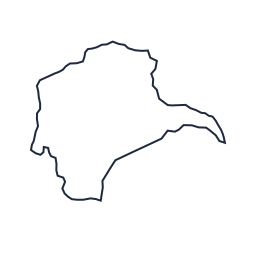 outline of Moita Bonita, Sergipe, Brazil, rotated 12°
{"feature_id": "56859067B54025844291619", "entity_name": "Moita Bonita", "entity_type": "district", "adm_level": 2, "iso_a3": "BRA", "parent_name": "Brazil", "parent_adm1": "Sergipe", "projection": "mercator", "projection_center": [-37.333, -10.599], "detail": "fine", "context": "isolated", "style": "outline", "palette": "slate", "viewbox_px": 256, "rotation_deg": 12, "n_neighbors": 0, "source": "geoboundaries", "source_scale": "gbopen_adm2", "svg_char_len": 1265}
<svg xmlns="http://www.w3.org/2000/svg" viewBox="0 0 256 256"><g transform="rotate(12 128 128)"><path d="M116.4,204.8L115.7,191.5L114.0,185.0L119.5,169.6L122.4,162.1L137.0,151.0L153.2,138.8L163.0,131.4L167.3,122.4L174.7,121.8L178.1,119.0L181.8,113.6L190.0,112.1L197.0,112.7L204.3,111.4L209.2,113.6L215.4,116.9L220.1,121.7L225.9,122.3L223.7,117.4L221.8,113.9L219.3,110.3L215.4,106.2L212.6,102.9L208.4,99.3L204.3,99.2L200.5,97.5L196.5,97.9L191.0,96.4L184.8,95.6L179.6,93.4L166.2,96.8L162.1,97.3L158.5,95.7L152.3,92.8L148.3,84.7L143.4,81.4L142.5,75.1L139.5,70.1L142.5,64.6L142.3,56.4L135.2,54.6L131.3,48.1L125.8,49.6L119.0,50.5L111.7,49.9L107.4,47.4L101.8,47.7L95.0,46.7L89.9,50.6L85.1,52.0L80.7,55.5L76.5,57.7L72.3,59.2L70.4,62.8L70.6,67.8L70.0,72.3L64.4,75.3L57.8,77.0L54.3,80.6L52.2,84.5L49.0,87.3L44.7,90.1L31.9,99.6L30.1,105.7L32.5,110.6L34.3,116.3L37.0,122.4L38.1,127.9L36.0,132.5L37.0,138.0L39.6,144.9L38.5,150.8L38.5,156.0L38.5,160.3L37.5,164.3L37.7,169.7L43.0,171.9L47.9,172.4L50.3,169.3L49.6,164.1L54.0,164.1L55.9,168.2L58.5,171.5L63.4,172.4L65.5,178.0L66.7,184.3L69.1,189.3L75.0,190.0L77.6,193.7L76.4,200.9L79.6,205.2L83.5,207.6L87.9,209.3L93.5,208.7L99.3,207.4L106.1,204.6L111.5,204.2L116.4,204.8Z" fill="none" stroke="#1e293b" stroke-width="2"/></g></svg>